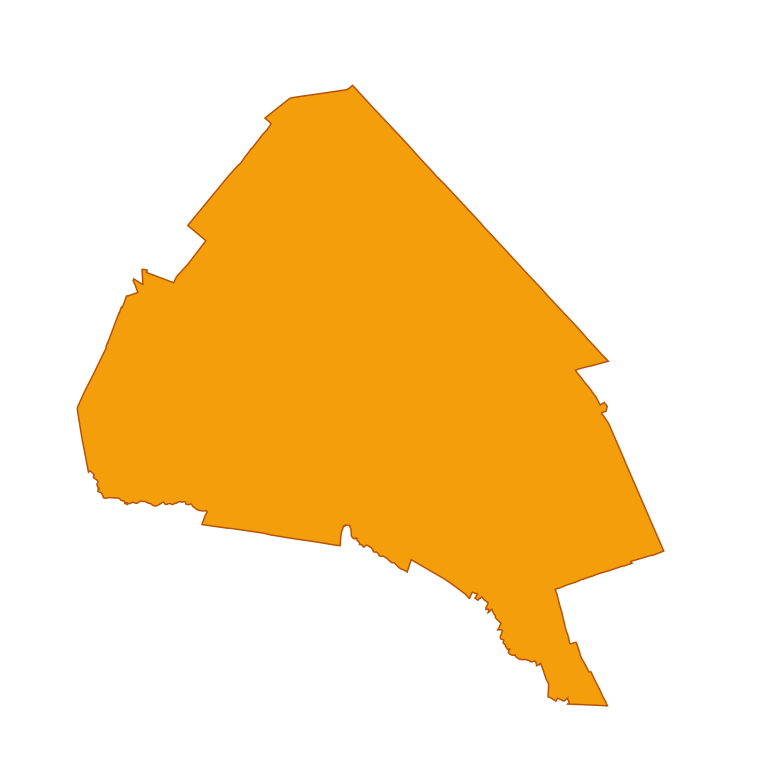 the district of Baicoi, Prahova, Romania, rotated 188°
{"feature_id": "2599482B49235084431710", "entity_name": "Baicoi", "entity_type": "district", "adm_level": 2, "iso_a3": "ROU", "parent_name": "Romania", "parent_adm1": "Prahova", "projection": "orthographic", "projection_center": [25.87, 45.034], "detail": "fine", "context": "isolated", "style": "filled", "palette": "amber", "viewbox_px": 768, "rotation_deg": 188, "n_neighbors": 0, "source": "geoboundaries", "source_scale": "gbopen_adm2", "svg_char_len": 6129}
<svg xmlns="http://www.w3.org/2000/svg" viewBox="0 0 768 768"><g transform="rotate(188 384 384)"><path d="M456.9,675.4L458.4,673.2L460.5,671.3L462.5,670.1L464.7,669.4L503.5,658.1L514.3,654.9L516.1,654.2L517.1,653.6L518.3,652.5L537.9,631.9L538.9,630.7L532.1,626.3L532.8,624.1L534.6,620.9L534.7,620.3L535.1,619.5L538.4,615.0L547.1,599.8L548.7,597.9L550.1,594.9L552.7,590.6L556.2,583.6L557.3,581.9L559.0,580.1L566.3,569.4L600.4,513.7L581.6,501.9L580.4,501.0L594.8,475.5L604.4,461.4L606.4,455.0L634.8,461.4L634.1,463.7L637.8,464.1L639.6,463.8L636.6,449.1L637.2,449.1L646.5,453.3L646.8,451.3L644.4,447.7L640.5,440.4L649.1,436.0L651.2,435.3L653.8,423.4L654.8,423.6L656.0,417.7L656.3,417.7L662.9,388.2L663.1,387.1L663.0,386.7L663.4,386.8L664.4,383.1L664.4,382.2L664.1,381.4L664.2,380.9L673.2,353.0L679.3,335.4L684.1,319.1L684.3,317.6L684.2,316.4L683.0,312.2L676.1,289.9L664.4,255.6L663.6,256.8L663.1,257.0L662.1,256.5L658.7,254.2L658.4,253.9L658.4,253.3L658.9,252.0L658.7,251.1L658.1,250.5L655.8,249.4L654.6,248.7L653.9,247.9L653.6,247.5L653.4,246.4L654.2,245.6L654.3,244.6L654.2,244.0L653.6,243.4L653.4,242.5L653.2,242.2L651.9,241.5L651.5,241.0L651.5,240.5L651.6,240.3L652.5,240.2L652.5,238.0L652.4,237.8L648.8,236.8L647.3,234.9L645.9,232.3L645.5,232.1L643.5,232.2L642.5,232.5L640.4,233.4L638.5,233.3L635.8,233.7L634.2,233.6L633.0,233.9L630.9,234.1L629.7,233.5L628.7,232.5L627.5,232.1L625.1,231.8L624.7,231.4L624.4,230.9L624.0,229.5L623.8,229.3L623.2,229.7L622.5,230.6L621.9,230.6L621.9,230.4L622.1,229.5L621.9,229.1L621.5,228.9L621.3,228.9L621.2,229.6L620.9,230.0L619.0,230.1L616.9,231.8L616.0,232.0L613.5,231.4L612.4,231.4L611.0,232.2L609.4,233.8L608.9,234.1L607.9,234.3L605.9,234.1L604.3,234.5L600.8,233.1L598.7,233.2L596.3,231.8L595.4,231.5L593.5,231.3L591.5,232.1L589.2,233.8L587.2,235.7L586.2,236.3L585.4,236.0L584.4,234.9L583.8,234.4L583.3,234.3L581.7,234.8L580.5,235.6L579.4,235.8L578.8,235.9L577.7,235.3L576.6,235.3L575.7,235.7L574.9,236.6L573.3,236.9L572.7,237.3L571.0,238.8L570.2,239.0L567.6,238.9L565.2,239.8L564.3,239.5L564.0,239.2L563.8,239.0L563.4,237.5L562.9,237.3L560.7,237.3L558.9,238.3L558.4,238.3L557.5,237.6L555.8,235.8L553.2,234.6L552.5,233.9L551.6,233.6L549.4,233.1L548.1,233.0L544.7,233.2L542.0,233.7L541.5,233.2L541.6,231.8L542.6,229.4L544.2,222.4L544.7,219.5L520.3,219.4L515.8,219.7L488.5,219.6L481.0,219.4L475.7,218.8L455.0,218.3L431.3,218.2L411.3,217.7L404.9,217.8L405.0,219.4L405.4,223.6L405.6,230.1L405.4,231.8L404.9,234.1L404.2,237.9L403.7,237.9L403.3,237.6L403.0,237.6L402.8,238.0L402.9,238.8L402.5,239.2L399.7,238.9L398.4,239.3L398.1,239.0L397.9,237.8L396.6,235.9L396.2,234.1L395.8,232.9L395.4,229.8L395.0,228.8L394.0,227.7L392.4,226.6L391.6,226.7L390.1,227.8L389.5,227.6L389.3,227.4L389.7,226.5L389.6,226.1L388.2,225.0L386.7,223.9L386.0,222.7L386.0,221.7L383.6,221.7L382.9,221.3L382.1,219.9L381.5,219.7L380.8,220.0L379.5,221.8L378.0,221.9L376.6,221.3L374.8,220.4L373.9,220.2L373.0,219.0L372.0,218.8L371.9,218.7L371.7,217.4L371.4,216.9L370.7,216.3L370.1,216.2L368.7,216.5L367.2,216.1L366.6,215.7L364.8,213.3L364.5,213.1L363.4,212.9L362.0,213.3L360.5,213.4L356.4,211.6L355.8,211.0L353.5,209.3L351.3,208.1L349.0,208.4L344.1,204.6L341.9,203.3L338.4,202.6L334.9,201.0L332.6,213.8L297.2,199.4L290.6,196.2L284.6,193.0L274.2,187.2L270.3,183.9L269.4,183.6L269.0,185.6L267.6,189.9L267.0,190.2L265.2,189.5L263.0,189.5L262.1,189.2L264.1,184.7L260.9,182.9L259.6,184.9L258.8,185.3L257.5,186.9L255.1,184.4L250.4,181.9L250.7,180.1L252.0,176.5L251.8,175.2L251.6,174.8L251.1,174.9L250.2,175.6L249.3,175.5L249.0,175.2L248.9,174.9L248.8,173.9L248.9,172.9L249.2,172.1L248.5,172.5L246.9,174.8L245.8,176.0L245.1,174.5L243.4,171.9L241.8,170.5L241.5,169.7L241.2,168.4L240.8,167.8L238.0,165.5L234.6,163.2L235.6,161.2L236.0,159.0L237.3,156.3L236.8,156.3L234.8,156.9L232.8,156.6L232.4,156.4L232.4,155.9L233.0,153.9L232.9,152.8L233.6,150.8L233.7,150.1L233.4,148.5L232.5,147.6L230.5,147.5L229.9,147.2L229.7,146.8L230.0,145.1L230.1,144.6L230.0,144.3L228.9,143.3L227.4,142.6L227.5,141.6L224.6,138.3L224.0,138.2L223.7,138.3L223.2,139.1L222.7,139.0L222.8,138.4L223.3,137.2L223.6,136.2L223.4,135.5L223.2,135.1L222.5,134.4L221.6,133.9L219.3,133.2L217.4,133.6L217.2,133.8L216.6,134.0L216.2,133.6L215.8,132.6L215.5,132.3L212.0,130.4L211.4,130.3L208.2,130.3L204.9,131.0L203.1,130.4L201.3,130.3L200.6,129.4L200.1,129.2L199.4,129.3L196.3,130.5L195.6,130.5L194.9,129.8L194.7,129.2L194.5,128.4L194.0,127.4L193.8,126.2L192.6,126.8L192.1,127.4L191.1,127.6L191.0,127.8L191.0,128.6L190.0,129.2L186.9,123.4L182.5,114.6L181.9,113.6L180.0,111.2L179.5,110.1L179.1,109.1L178.0,97.0L175.1,96.3L169.6,93.9L168.4,97.0L161.6,95.0L158.5,98.4L158.6,97.6L156.5,95.2L156.4,94.4L157.5,92.6L132.6,95.1L117.9,96.4L118.2,97.0L119.1,97.9L120.2,100.1L122.8,103.7L124.1,105.2L124.5,105.8L124.9,106.8L128.1,111.8L132.8,118.3L133.5,119.5L136.8,124.3L138.6,127.2L139.2,127.8L141.1,127.4L142.0,128.9L146.3,135.0L150.5,140.3L151.5,142.0L153.5,146.6L154.8,149.0L156.1,152.0L157.3,154.4L158.0,154.9L158.6,154.8L162.8,152.7L163.3,152.6L163.9,152.9L165.4,157.0L167.3,161.5L169.1,164.8L170.5,167.9L171.5,170.5L172.2,172.7L174.9,179.2L176.1,182.7L179.3,189.6L182.6,197.7L183.2,199.5L185.1,202.8L185.8,204.6L180.7,207.0L174.0,211.0L170.3,212.6L165.0,215.4L160.9,218.0L159.6,218.4L154.8,221.0L150.5,222.9L148.7,224.1L145.3,225.9L135.2,230.5L122.9,236.6L120.4,237.5L117.3,239.2L114.6,240.4L113.4,241.1L115.1,242.4L115.0,242.6L97.8,250.5L94.6,251.8L94.3,251.6L83.7,257.5L134.1,340.0L135.8,343.0L155.8,375.8L156.4,376.6L159.0,379.5L164.5,385.4L164.6,385.8L164.4,386.2L160.5,387.6L159.8,393.0L163.4,396.4L166.9,393.5L166.9,393.2L167.0,393.2L172.3,400.7L176.2,404.5L177.8,406.4L179.5,408.0L180.9,409.6L183.0,411.2L185.8,413.8L189.6,417.7L193.6,421.3L196.5,424.4L189.1,427.8L183.1,430.2L181.4,430.7L177.1,432.6L167.2,436.8L166.9,437.1L165.0,437.8L173.2,444.1L182.5,451.9L187.2,455.6L197.7,464.7L203.9,469.8L224.4,486.2L229.2,490.2L233.5,493.5L239.8,499.0L259.8,515.0L281.2,532.6L308.1,554.4L311.0,557.1L321.6,565.7L351.7,590.1L361.2,597.2L365.6,601.0L384.3,616.3L390.7,621.8L402.6,631.6L433.2,656.0L454.1,673.3L456.9,675.4Z" fill="#f59e0b" stroke="#b45309" stroke-width="1.5"/></g></svg>